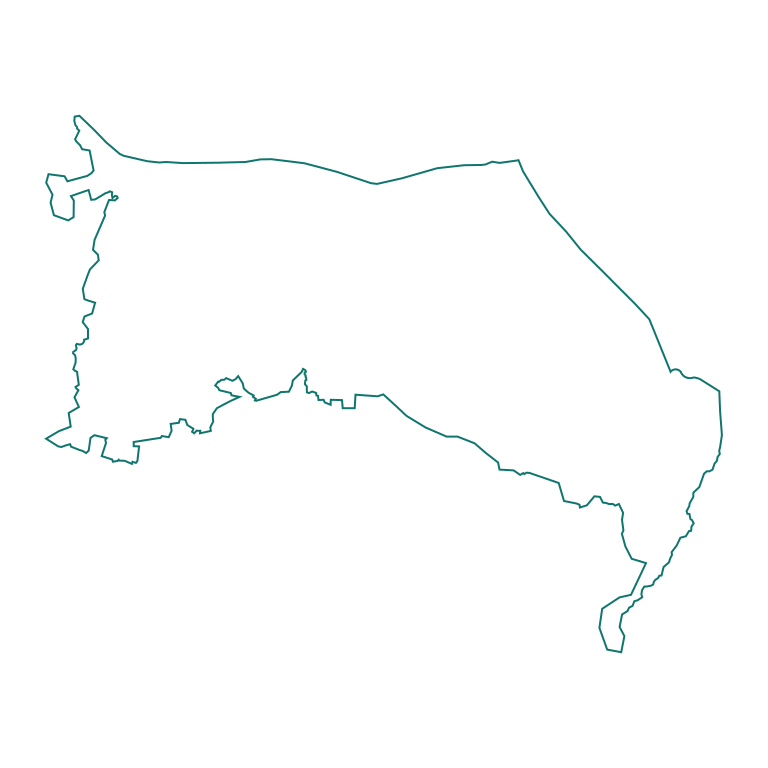 the district of Tell Abiad, Ar Raqqah, Syria
{"feature_id": "27442178B34075692761550", "entity_name": "Tell Abiad", "entity_type": "district", "adm_level": 2, "iso_a3": "SYR", "parent_name": "Syria", "parent_adm1": "Ar Raqqah", "projection": "orthographic", "projection_center": [39.333, 36.35], "detail": "fine", "context": "isolated", "style": "outline", "palette": "teal", "viewbox_px": 768, "rotation_deg": 0, "n_neighbors": 0, "source": "geoboundaries", "source_scale": "gbopen_adm2", "svg_char_len": 5664}
<svg xmlns="http://www.w3.org/2000/svg" viewBox="0 0 768 768"><path d="M46.1,438.7L58.2,446.4L61.4,447.0L65.8,445.4L70.1,444.2L71.1,446.7L79.5,450.0L82.5,450.9L86.2,453.0L88.7,450.6L90.5,437.9L94.4,435.2L106.8,438.2L105.3,439.8L106.0,443.0L101.7,456.1L112.2,459.5L112.9,461.7L117.7,460.9L118.7,459.7L119.4,460.6L124.7,460.8L131.9,463.9L132.5,461.8L135.9,462.9L137.4,461.0L139.1,446.4L133.7,446.2L133.7,442.0L160.7,437.8L161.9,436.0L168.7,437.2L171.6,430.8L170.7,423.9L178.8,422.8L180.0,419.1L185.4,419.8L187.3,425.0L193.4,428.8L192.1,431.8L194.2,433.3L196.7,430.6L198.1,430.8L200.3,430.8L200.0,433.3L210.8,430.9L210.3,427.3L213.2,421.5L212.9,418.8L212.8,414.1L216.9,408.2L224.5,404.1L231.1,400.7L239.5,396.9L231.5,395.3L230.8,393.0L219.3,390.2L218.2,387.9L215.2,385.5L218.2,381.6L218.9,381.9L221.3,379.9L224.4,379.7L226.2,378.1L232.4,380.8L235.6,379.1L238.2,376.1L242.8,383.5L243.8,388.5L248.5,392.7L253.7,395.5L252.9,396.8L255.8,398.8L254.9,400.4L256.1,400.8L277.2,394.7L280.7,392.1L288.9,391.7L292.0,385.4L292.8,380.5L301.8,371.8L303.0,368.9L305.2,370.1L306.0,371.7L304.7,372.6L304.6,374.4L305.6,375.2L305.5,376.7L306.0,377.2L306.4,379.9L305.3,380.5L304.9,384.2L306.8,386.3L306.9,392.3L308.9,393.1L312.1,391.5L316.1,392.9L316.4,395.4L318.0,395.8L318.5,400.0L323.6,399.8L324.7,402.4L330.6,404.8L330.8,399.8L342.0,400.1L342.7,408.2L354.7,408.2L355.5,394.7L377.7,396.3L383.3,394.4L397.2,407.1L406.4,415.8L425.6,427.5L446.6,436.6L457.5,436.6L474.6,443.3L485.6,452.8L498.1,462.5L499.5,469.6L513.6,470.4L520.2,474.9L523.2,473.1L524.3,474.1L526.4,472.7L529.4,472.9L558.7,483.0L564.0,501.0L576.5,503.5L579.5,504.7L579.9,507.5L586.9,505.3L594.4,496.3L600.0,496.9L602.9,502.6L606.2,503.0L608.8,504.0L612.9,504.0L615.2,505.6L618.9,504.0L623.1,512.9L622.0,519.8L623.4,530.5L621.9,533.8L625.4,546.5L631.7,558.8L646.0,563.1L631.0,594.8L619.5,597.4L602.2,608.8L599.4,627.8L607.2,649.6L621.2,652.2L624.4,636.1L619.6,627.0L622.1,614.4L627.5,611.1L629.1,607.7L632.6,605.8L634.3,601.3L637.9,600.1L642.2,597.2L641.4,594.4L642.0,590.3L644.2,586.6L647.4,586.4L651.0,585.7L653.2,584.5L653.8,581.9L655.1,580.0L658.2,578.0L659.3,575.7L661.5,575.5L663.6,567.0L669.0,562.3L670.2,558.4L672.0,555.0L671.6,552.2L676.7,545.5L680.4,537.7L685.8,536.3L689.0,531.1L691.1,530.8L691.5,526.5L693.7,523.4L692.1,520.2L690.4,519.0L689.4,513.9L687.4,513.8L686.6,511.1L689.3,506.1L689.6,503.4L693.3,496.9L693.4,492.6L699.3,487.1L704.1,473.6L706.8,471.3L709.4,471.3L712.5,469.7L714.5,463.7L716.9,460.8L717.6,456.9L719.8,454.0L719.2,450.8L720.1,447.1L721.9,435.1L720.1,411.5L719.3,391.3L700.3,379.3L700.1,379.2L699.7,379.1L699.3,378.9L699.0,378.7L698.7,378.6L698.2,378.4L697.9,378.3L697.6,378.2L697.3,378.1L697.0,378.0L696.7,378.0L696.2,377.9L695.7,377.7L695.4,377.7L695.0,377.6L694.8,377.6L694.4,377.6L694.0,377.5L693.5,377.5L693.2,377.6L692.9,377.7L692.4,377.8L692.0,377.9L691.5,378.0L691.2,378.1L690.9,378.1L690.3,378.1L689.9,378.2L689.4,378.1L689.1,378.1L688.8,378.1L688.3,378.0L688.0,378.0L687.9,377.9L687.6,377.9L687.3,377.8L687.1,377.7L686.8,377.7L686.7,377.6L686.4,377.5L686.3,377.4L686.1,377.4L685.8,377.3L685.7,377.2L685.4,377.1L685.0,376.8L684.8,376.7L684.6,376.6L684.1,376.2L683.9,376.1L683.6,375.9L683.2,375.5L683.1,375.3L682.9,375.1L682.6,374.9L682.3,374.5L682.1,374.2L681.8,373.8L681.6,373.5L681.5,373.4L681.4,373.1L681.2,372.9L681.1,372.6L680.9,372.2L680.8,371.9L680.6,371.8L680.5,371.6L680.3,371.4L680.2,371.2L679.8,370.9L679.7,370.8L679.4,370.6L679.1,370.4L678.8,370.2L678.7,370.1L678.3,369.9L677.9,369.8L677.6,369.7L677.4,369.6L676.9,369.5L676.7,369.4L676.4,369.4L676.2,369.4L675.8,369.4L675.5,369.4L675.1,369.4L674.9,369.4L674.6,369.4L674.4,369.5L674.2,369.5L673.9,369.6L673.6,369.7L673.3,369.8L673.0,369.9L672.8,370.0L672.5,370.2L672.3,370.3L672.1,370.4L671.8,370.6L671.7,370.7L671.4,370.9L671.2,371.1L670.9,371.4L670.8,371.5L670.7,371.7L670.6,371.8L649.3,319.2L634.6,303.4L616.2,285.0L603.7,272.4L580.6,249.5L566.2,231.7L549.5,213.8L538.7,197.1L523.1,171.5L518.5,160.2L515.6,160.7L499.6,162.9L492.2,161.7L489.0,163.0L485.4,164.5L480.9,165.0L464.3,165.2L437.2,168.2L413.8,174.9L401.9,178.3L377.1,183.9L371.1,183.2L344.9,174.5L337.7,172.1L336.7,171.8L321.3,167.7L304.6,163.3L289.5,161.4L271.3,159.2L260.4,159.4L245.4,162.0L225.0,162.5L219.2,162.7L182.8,163.1L166.2,162.0L159.1,162.5L147.2,161.2L123.7,155.8L121.0,154.5L119.7,153.9L106.2,142.4L94.2,130.0L90.7,126.6L79.4,115.8L74.7,116.6L74.3,120.8L75.4,125.1L77.1,127.2L77.1,128.6L79.3,130.7L75.1,139.2L76.4,141.6L80.0,145.1L82.1,149.2L89.6,150.5L93.6,170.5L91.4,173.2L87.3,175.9L67.4,181.3L64.6,176.3L48.5,174.2L46.2,182.7L52.5,194.7L50.6,202.7L53.9,215.2L68.2,220.4L73.6,217.1L73.8,200.5L70.9,196.1L88.6,190.0L91.2,199.8L95.2,199.4L105.3,193.3L108.7,192.1L109.9,191.3L112.2,192.3L111.9,195.1L112.5,198.0L115.0,195.9L117.1,196.4L117.7,197.9L114.9,200.4L109.0,200.0L104.3,212.2L105.1,215.5L94.6,239.8L93.0,249.8L97.9,254.7L98.7,260.3L89.9,269.5L87.5,275.6L82.8,288.8L84.4,299.1L87.0,300.2L95.1,302.7L92.1,313.5L84.5,316.5L82.7,322.1L88.0,329.0L88.0,338.5L84.1,339.7L84.1,339.9L84.2,340.0L84.1,340.3L84.1,340.5L84.1,340.8L84.1,341.0L84.0,341.3L83.9,341.6L83.8,341.9L83.7,342.1L83.5,342.4L83.4,342.6L83.2,342.8L83.1,343.0L82.8,343.3L82.7,343.4L82.5,343.6L82.4,343.7L82.2,343.8L81.9,344.0L81.7,344.1L81.2,344.3L80.7,344.4L80.4,344.5L80.2,344.5L79.9,344.5L79.6,344.5L79.4,344.5L79.2,344.5L79.0,344.4L78.8,344.4L78.6,344.4L78.3,344.2L78.1,344.2L76.8,343.9L75.9,345.2L76.6,348.6L75.9,350.1L73.2,351.9L73.1,353.4L75.0,355.1L75.7,357.9L75.6,362.6L73.3,369.3L75.0,370.8L77.0,371.7L78.8,384.8L75.5,387.0L76.2,388.4L78.4,390.2L74.5,397.3L78.9,407.0L68.7,413.0L70.7,426.6L59.0,431.1L46.1,438.7Z" fill="none" stroke="#0f766e" stroke-width="2"/></svg>